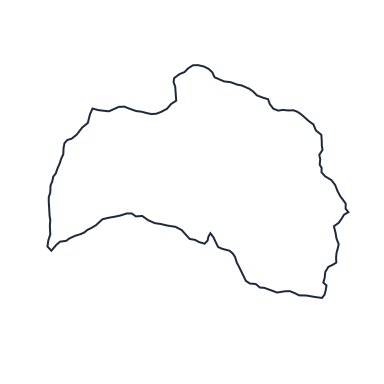 Ouro Verde, São Paulo, Brazil, rotated 261°
{"feature_id": "56859067B76679306167420", "entity_name": "Ouro Verde", "entity_type": "district", "adm_level": 2, "iso_a3": "BRA", "parent_name": "Brazil", "parent_adm1": "São Paulo", "projection": "mercator", "projection_center": [-51.742, -21.497], "detail": "fine", "context": "isolated", "style": "outline", "palette": "slate", "viewbox_px": 384, "rotation_deg": 261, "n_neighbors": 0, "source": "geoboundaries", "source_scale": "gbopen_adm2", "svg_char_len": 2134}
<svg xmlns="http://www.w3.org/2000/svg" viewBox="0 0 384 384"><g transform="rotate(261 192 192)"><path d="M290.0,106.8L284.7,103.4L276.5,99.9L272.9,93.7L266.7,87.1L263.5,81.5L262.9,77.1L260.2,73.7L255.5,72.0L249.5,70.8L244.9,67.8L241.1,65.9L236.6,63.0L231.6,60.3L228.8,57.3L224.7,55.8L220.5,53.3L213.6,51.9L209.3,49.7L203.9,48.9L198.5,48.4L190.7,47.6L186.2,47.6L180.9,46.3L172.3,45.4L166.6,42.5L160.8,40.7L156.0,43.9L161.0,49.7L163.6,54.0L163.4,60.0L165.4,63.9L167.0,69.6L167.7,74.8L168.8,79.1L170.9,82.7L172.1,86.6L174.2,91.9L179.1,99.3L179.6,105.4L179.7,112.1L180.0,117.6L181.0,124.3L180.2,129.2L176.7,132.7L176.1,139.1L170.9,144.4L167.1,150.3L165.3,156.1L162.6,162.7L160.2,170.2L156.0,175.9L152.8,177.9L146.0,182.4L144.2,187.6L141.5,191.0L139.0,196.4L141.6,199.8L145.4,201.3L148.4,203.7L144.2,206.0L137.7,207.9L133.6,209.2L131.2,212.9L128.1,219.9L124.8,222.7L120.9,224.4L115.7,225.1L107.1,227.9L95.8,231.3L92.5,234.9L91.2,240.5L87.0,244.2L86.1,248.2L82.8,254.3L79.4,260.3L79.4,268.2L78.8,273.1L75.6,278.3L73.2,281.5L71.8,289.0L69.0,297.2L67.0,303.8L69.8,306.8L73.8,308.6L78.7,310.2L82.0,307.5L86.4,309.6L92.1,311.1L96.7,315.0L98.2,319.9L99.7,323.5L104.5,324.0L109.5,325.3L113.1,327.0L117.4,328.7L123.8,327.4L128.9,327.4L136.0,326.8L138.6,332.1L141.8,335.2L145.8,338.6L147.6,343.3L151.4,341.1L156.6,342.0L160.6,339.9L164.3,337.9L170.4,335.8L176.5,334.5L182.0,331.5L186.6,326.0L191.1,323.0L195.5,323.8L198.9,322.4L204.5,323.8L208.7,323.5L213.2,327.5L217.9,327.5L221.6,328.1L228.2,328.7L233.4,324.0L239.7,322.5L244.0,318.2L248.6,314.5L251.9,311.7L254.7,308.7L256.8,305.1L257.5,299.8L258.9,294.4L258.9,289.9L261.6,285.3L266.6,282.6L271.7,281.7L274.3,276.4L277.3,271.2L281.6,268.2L284.9,264.8L289.5,257.7L291.0,253.4L294.5,247.2L296.2,241.0L301.8,232.2L307.0,230.8L311.0,227.7L314.2,223.2L316.4,217.6L317.0,212.7L314.7,207.5L311.6,203.3L310.4,198.1L307.2,192.1L303.4,191.0L298.8,191.9L284.7,190.7L282.1,185.0L278.1,180.3L275.9,173.9L274.9,169.1L275.3,164.2L277.0,159.7L279.3,154.4L280.7,149.5L283.5,144.3L286.9,138.5L287.5,132.9L284.7,122.6L286.3,116.6L287.6,112.1L290.0,106.8Z" fill="none" stroke="#1e293b" stroke-width="2"/></g></svg>